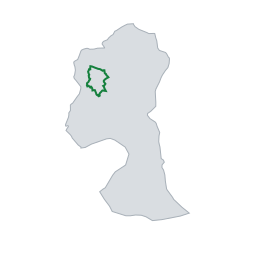 Latvia, with Gulbene highlighted, rotated 253°
{"feature_id": "LVA-1083", "entity_name": "Gulbene", "entity_type": "Municipality", "adm_level": 1, "iso_a3": "LVA", "parent_name": "Latvia", "parent_adm1": "", "projection": "orthographic", "projection_center": [26.543, 57.177], "detail": "fine", "context": "in_parent", "style": "outline", "palette": "green", "viewbox_px": 256, "rotation_deg": 253, "n_neighbors": 0, "source": "natural_earth", "source_scale": "10m", "svg_char_len": 3141}
<svg xmlns="http://www.w3.org/2000/svg" viewBox="0 0 256 256"><g transform="rotate(253 128 128)"><path d="M182.9,188.0L181.5,187.7L177.5,186.1L174.1,183.8L172.1,180.7L168.7,176.5L166.4,174.3L162.9,171.6L157.0,166.0L154.9,164.7L144.4,162.1L140.6,160.9L137.3,154.6L136.2,151.0L134.5,150.3L132.6,151.0L130.6,151.7L125.7,155.8L124.2,156.3L121.3,156.3L114.4,157.0L111.3,155.3L106.0,153.4L103.1,153.1L100.5,153.0L89.1,150.8L86.9,152.5L84.7,152.7L82.8,149.8L80.3,148.9L77.4,149.7L72.3,149.5L66.3,148.2L58.5,147.1L57.4,147.3L48.5,150.4L46.4,150.8L36.5,156.4L28.7,161.7L28.5,152.3L30.5,133.5L32.3,124.3L37.8,119.3L40.7,115.2L42.6,109.7L43.4,104.5L44.7,100.3L52.8,88.5L58.6,87.5L66.6,84.6L75.3,82.3L76.8,86.0L77.5,88.8L87.3,99.5L89.8,103.0L93.3,114.9L102.8,121.3L110.6,119.7L114.0,117.0L120.3,111.9L123.2,108.1L123.9,104.4L123.3,88.4L121.9,81.4L122.6,77.1L123.6,77.4L126.3,75.4L134.8,71.7L136.4,71.6L138.4,70.9L143.7,68.0L145.4,69.6L146.7,71.4L147.5,71.5L147.9,70.8L147.8,69.7L148.2,68.9L149.7,69.4L155.8,74.3L158.1,75.4L159.7,75.8L161.6,78.1L166.8,79.6L167.5,80.8L167.9,82.3L172.7,88.4L174.9,91.5L179.3,94.3L181.2,95.0L188.9,92.1L191.0,91.1L192.8,91.1L194.6,92.6L198.7,94.6L202.5,95.2L203.2,95.0L206.3,95.2L207.4,96.0L208.2,99.9L211.9,102.9L215.3,105.4L216.1,106.5L216.4,108.8L216.3,111.5L215.9,112.8L214.5,114.5L213.4,118.5L213.2,122.3L211.4,129.0L211.8,129.1L215.9,127.8L217.1,128.5L218.0,129.9L218.4,134.0L219.8,135.9L221.2,138.8L221.7,141.0L224.4,143.7L224.6,145.4L226.4,151.5L227.1,155.1L227.5,157.8L226.7,161.3L226.1,163.7L225.3,163.6L222.9,164.3L219.2,167.2L213.7,174.0L212.2,175.5L210.8,180.7L210.5,181.2L207.2,181.0L206.3,180.9L203.0,181.0L195.8,179.8L193.0,180.7L189.3,185.9L187.9,186.6L183.7,187.4L182.9,188.0Z" fill="#d9dde1" stroke="#a8b0b8" stroke-width="1"/><path d="M170.4,107.7L173.9,107.4L174.0,107.1L174.0,106.5L174.3,106.1L174.4,105.6L174.3,105.4L174.3,105.0L176.5,105.4L178.3,104.9L178.4,104.5L178.5,104.2L178.3,104.2L177.9,104.4L177.6,104.3L177.5,104.2L177.6,103.8L178.2,103.6L178.5,103.5L178.9,103.1L179.7,102.8L179.8,102.4L179.8,102.2L179.7,101.3L180.9,101.2L181.0,101.4L181.2,101.6L181.5,101.8L182.2,101.7L182.9,102.0L183.5,103.4L183.9,104.0L185.1,104.8L185.2,105.3L185.2,105.5L186.1,106.2L187.0,105.6L187.4,105.4L188.2,105.6L189.4,105.7L189.5,105.7L190.2,106.5L191.3,106.3L193.5,106.3L194.4,107.1L195.4,107.8L195.6,108.0L195.4,108.3L195.1,108.6L195.1,108.8L195.1,109.0L195.3,109.0L198.1,110.1L197.4,111.5L196.3,112.9L195.6,113.7L194.1,115.7L193.7,116.2L193.3,116.7L192.6,118.2L192.0,119.0L191.2,119.5L190.1,120.6L190.3,121.2L190.4,121.3L190.1,122.3L188.4,122.0L188.0,121.9L187.3,121.8L186.7,122.1L186.5,122.4L185.9,122.8L185.7,122.8L185.5,122.6L184.0,123.2L183.1,123.8L182.2,124.1L181.9,122.5L181.5,121.0L181.2,120.2L180.7,119.3L180.3,118.7L179.3,118.4L176.8,119.3L175.7,117.9L175.5,116.6L174.1,117.1L172.6,117.0L171.7,117.3L169.9,117.6L170.4,116.6L170.6,116.0L171.2,115.0L171.3,114.8L171.3,114.3L170.4,112.9L169.6,111.4L169.2,111.0L168.9,110.7L168.5,110.6L167.2,110.4L166.9,109.3L167.1,109.1L168.2,109.0L168.4,108.9L168.4,108.2L168.9,107.8L169.6,107.6L170.4,107.7Z" fill="none" stroke="#15803d" stroke-width="2"/></g></svg>